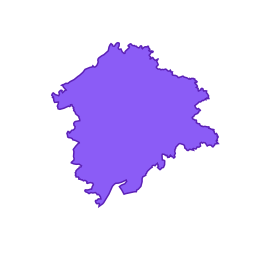 the district of Vavatenina, Analanjirofo, Madagascar, rotated 218°
{"feature_id": "10022922B54073545298219", "entity_name": "Vavatenina", "entity_type": "district", "adm_level": 2, "iso_a3": "MDG", "parent_name": "Madagascar", "parent_adm1": "Analanjirofo", "projection": "albers", "projection_center": [49.007, -17.472], "detail": "fine", "context": "isolated", "style": "filled", "palette": "violet", "viewbox_px": 256, "rotation_deg": 218, "n_neighbors": 0, "source": "geoboundaries", "source_scale": "gbopen_adm2", "svg_char_len": 5853}
<svg xmlns="http://www.w3.org/2000/svg" viewBox="0 0 256 256"><g transform="rotate(218 128 128)"><path d="M197.9,147.8L197.8,144.1L198.6,139.6L199.2,137.8L200.3,132.9L202.2,128.8L202.8,126.2L204.6,124.8L205.4,122.7L206.0,122.1L206.6,120.8L205.1,121.1L204.1,120.5L200.1,119.8L200.2,119.6L200.8,118.7L201.2,115.6L203.3,116.3L203.2,116.9L204.0,116.6L204.4,115.9L204.6,113.9L204.3,113.4L202.9,112.5L202.5,110.8L205.8,109.6L208.4,109.7L208.7,109.3L208.6,107.7L208.1,106.8L205.9,106.5L206.1,105.6L205.1,105.7L203.3,103.9L201.6,103.0L198.8,105.6L197.9,104.3L197.2,101.7L196.6,101.7L195.9,100.8L194.8,100.1L193.2,100.8L190.7,104.1L188.4,108.5L187.1,109.0L187.0,110.0L187.6,110.9L186.7,111.8L186.1,111.6L185.5,110.9L183.4,110.7L183.1,109.7L182.1,109.5L181.6,108.4L179.3,107.9L178.0,106.9L173.8,106.8L173.2,106.1L171.6,105.2L170.5,104.1L173.5,100.7L173.8,99.7L173.6,98.2L172.1,96.8L170.6,96.6L169.6,94.8L169.8,92.9L171.0,91.4L170.8,88.8L171.1,88.0L172.4,88.8L173.2,88.3L172.8,86.1L171.2,85.0L170.0,83.8L168.8,83.9L167.2,84.9L165.3,85.3L164.3,84.7L161.7,85.8L157.5,86.6L157.2,86.3L157.7,85.1L158.0,81.4L157.9,77.4L156.0,76.0L153.4,72.0L151.7,70.8L150.9,69.4L151.5,66.0L151.2,65.6L148.5,66.4L146.2,67.7L144.3,69.4L141.4,69.6L141.1,68.4L142.3,67.1L141.8,65.8L142.4,64.8L142.6,62.2L142.1,61.5L142.0,60.2L140.9,59.8L140.7,59.0L140.2,58.7L140.1,58.1L139.2,58.0L138.8,57.5L136.8,58.8L136.1,58.6L135.5,57.5L135.0,57.5L134.1,58.3L132.9,58.3L132.1,59.0L130.6,58.9L129.7,60.2L128.1,60.5L127.2,60.4L126.7,59.3L126.0,59.3L124.1,61.8L121.9,62.8L120.4,62.0L120.1,59.8L119.1,57.4L119.5,57.3L121.4,54.5L123.5,53.0L123.6,52.5L123.3,51.9L122.2,51.6L120.4,52.2L118.3,52.3L117.5,54.3L115.7,55.1L114.0,57.0L112.4,57.0L111.2,56.5L110.5,57.4L108.9,57.4L108.5,57.0L107.5,56.9L105.7,55.4L107.8,53.8L107.9,52.0L108.9,50.9L108.6,50.2L107.1,49.3L105.8,49.2L104.5,50.7L103.9,50.7L102.6,48.3L101.3,52.6L101.2,54.3L102.4,64.3L104.4,72.5L104.2,75.0L103.7,76.8L101.6,78.7L99.7,81.3L97.4,85.9L96.2,85.2L96.2,82.1L98.0,79.0L98.7,76.5L94.5,75.2L90.4,73.4L89.3,75.0L83.7,81.7L82.2,82.9L82.9,84.6L82.2,86.1L81.9,89.9L83.8,94.3L85.7,96.8L86.3,98.5L84.9,101.7L85.4,102.2L85.7,102.9L85.5,103.5L86.0,105.1L86.0,106.5L85.4,110.5L84.8,111.9L85.4,112.3L85.6,113.0L85.3,113.9L84.5,114.7L83.7,114.8L83.3,115.2L83.5,116.3L83.1,118.2L82.6,117.8L81.5,117.4L81.1,116.6L80.3,116.4L80.4,115.1L77.4,114.8L76.9,115.2L76.8,117.4L76.0,118.3L75.8,118.9L76.5,121.5L78.8,124.7L79.9,124.7L81.3,124.0L84.4,127.4L84.8,128.6L83.1,129.6L82.6,129.4L81.9,129.8L81.1,129.6L80.6,130.3L80.3,129.9L79.2,130.1L78.8,129.3L78.4,129.3L78.3,129.7L77.5,130.4L77.7,131.8L77.3,131.9L77.9,132.3L77.9,132.7L76.7,132.5L74.6,132.8L73.7,132.4L73.2,133.0L73.1,133.8L73.3,134.3L74.7,135.0L75.0,137.0L76.9,138.4L77.3,139.5L77.8,140.0L77.8,141.1L78.5,142.2L78.2,146.6L77.5,147.8L74.1,149.0L72.8,148.9L71.3,147.7L71.0,147.2L69.3,147.2L67.7,146.8L66.8,147.2L66.5,147.9L66.4,149.0L66.1,149.3L62.8,150.8L64.1,151.3L63.9,152.1L61.5,153.3L61.8,155.6L60.3,156.6L59.7,158.4L61.8,160.3L61.3,161.9L60.1,161.8L59.5,163.1L57.9,163.8L54.5,162.6L54.2,163.5L53.2,164.9L52.7,165.0L51.9,165.6L50.1,165.2L49.4,165.4L49.3,168.1L49.6,168.7L49.2,169.5L47.3,171.3L48.6,171.6L49.1,171.3L50.5,172.2L50.3,172.8L49.9,173.1L50.8,173.6L50.8,174.4L51.5,175.4L51.3,176.1L51.9,176.9L52.7,176.5L53.7,177.7L55.0,178.1L55.5,177.0L57.1,177.4L57.6,178.1L58.5,178.4L59.3,179.6L59.8,179.4L60.0,178.7L60.8,178.9L61.6,178.2L62.4,178.3L64.2,177.6L64.6,178.6L65.1,178.6L66.0,177.8L68.3,176.7L69.8,175.2L70.8,175.1L71.1,174.6L73.1,174.7L74.3,175.4L75.4,174.6L77.4,174.3L78.6,176.0L79.3,176.2L80.4,175.3L81.4,175.4L81.9,175.0L83.7,175.5L83.9,176.4L83.3,177.3L83.6,179.2L83.3,180.2L82.0,182.5L82.3,183.1L82.0,183.9L82.5,184.9L81.8,186.3L82.3,186.6L84.5,186.7L84.9,185.7L85.3,185.4L86.6,185.7L87.2,185.6L89.1,186.7L88.2,190.5L88.0,192.4L86.8,193.3L86.4,195.5L85.6,195.9L85.1,197.5L84.7,197.8L84.9,198.4L84.1,198.5L84.7,199.2L84.3,200.2L83.4,200.1L82.4,201.0L83.9,201.9L84.2,202.9L86.4,203.8L87.8,204.0L88.9,205.6L90.5,204.5L90.9,203.8L91.7,203.9L93.1,205.0L94.2,204.8L94.6,203.7L94.1,202.8L94.6,202.1L95.1,200.6L95.3,200.5L96.6,201.6L97.1,202.4L99.2,202.1L98.9,203.4L99.1,203.7L100.5,204.2L101.6,204.2L103.2,204.7L103.3,205.3L101.9,206.1L102.2,207.1L105.1,207.1L105.7,207.7L106.2,207.2L106.8,207.4L108.4,206.3L108.7,205.1L109.8,205.1L109.7,204.4L109.9,204.1L112.6,203.8L115.0,202.7L116.4,202.8L117.1,202.2L117.6,201.0L118.4,200.2L118.6,199.4L119.6,198.6L120.7,199.1L122.8,198.7L125.0,197.3L125.9,197.2L126.1,197.4L126.2,198.0L127.2,198.6L127.5,199.5L128.6,198.7L129.6,199.4L130.3,199.6L130.2,198.7L131.3,197.6L134.5,197.7L136.0,195.8L136.9,195.4L138.0,194.1L139.3,194.1L140.4,193.0L141.0,192.9L142.8,193.1L143.3,193.7L143.4,194.4L143.0,195.6L143.3,196.6L146.7,198.4L146.6,200.3L146.8,200.8L147.1,200.5L147.6,198.8L148.3,198.0L149.1,198.3L150.3,198.1L151.3,198.7L152.0,198.7L152.7,196.3L153.2,196.1L153.7,197.8L155.9,198.2L156.2,198.6L156.0,200.1L156.3,201.8L155.1,202.8L155.4,203.8L156.7,203.4L158.0,201.9L159.0,201.8L159.4,202.0L158.9,202.6L159.1,203.3L160.2,203.9L161.3,203.8L162.2,204.9L162.9,204.4L163.3,203.3L164.5,202.6L165.3,200.7L165.4,199.4L166.2,199.5L167.4,200.8L168.1,200.9L168.7,200.3L168.5,198.4L168.9,197.8L170.4,197.3L171.8,197.6L172.7,196.9L173.8,196.9L174.6,196.0L176.2,195.8L177.4,196.1L178.0,195.7L178.7,193.1L178.1,192.6L176.9,192.8L176.5,192.2L177.3,187.0L177.3,186.3L176.5,185.3L177.0,184.3L179.6,184.5L182.2,185.9L183.2,184.6L184.3,184.6L185.2,185.2L185.5,187.1L186.8,189.1L187.5,189.4L188.5,189.0L189.2,187.8L189.3,186.1L189.0,184.4L189.3,183.7L190.7,183.3L191.1,183.4L191.4,184.0L193.3,184.0L193.4,182.6L192.8,180.1L191.1,176.7L192.1,171.0L193.1,168.8L194.1,165.5L194.1,163.9L193.3,162.6L192.1,161.7L191.2,158.8L191.2,157.0L191.4,156.1L191.9,155.4L192.7,155.1L194.0,155.4L193.9,153.8L195.2,152.5L197.9,147.8Z" fill="#8b5cf6" stroke="#5b21b6" stroke-width="1.5"/></g></svg>